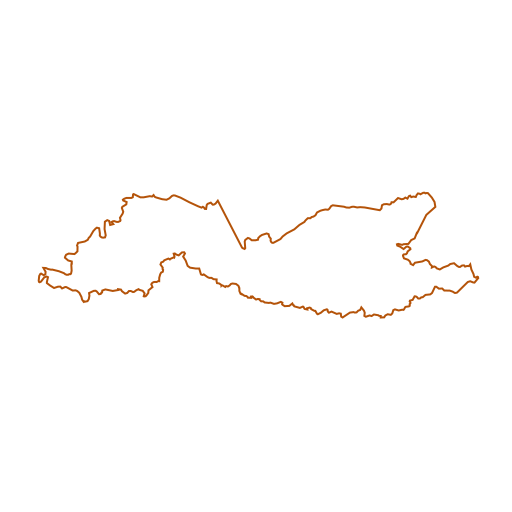 Teocelo, Veracruz, Mexico (orthographic projection), rotated 174°
{"feature_id": "50627088B17897683861413", "entity_name": "Teocelo", "entity_type": "district", "adm_level": 2, "iso_a3": "MEX", "parent_name": "Mexico", "parent_adm1": "Veracruz", "projection": "orthographic", "projection_center": [-96.937, 19.373], "detail": "fine", "context": "isolated", "style": "outline", "palette": "amber", "viewbox_px": 512, "rotation_deg": 174, "n_neighbors": 0, "source": "geoboundaries", "source_scale": "gbopen_adm2", "svg_char_len": 6089}
<svg xmlns="http://www.w3.org/2000/svg" viewBox="0 0 512 512"><g transform="rotate(174 256 256)"><path d="M469.1,259.1L471.6,261.0L472.4,260.7L473.7,258.8L474.7,254.1L474.5,252.9L473.9,252.5L472.5,253.0L468.8,256.9L466.5,257.5L465.1,256.7L466.7,252.0L466.8,250.9L463.8,248.1L460.2,245.3L456.0,246.2L453.8,246.0L452.3,244.0L449.0,245.1L447.9,244.9L441.9,240.8L439.0,240.7L437.5,239.9L435.6,237.9L433.9,233.6L433.5,230.8L432.2,228.5L431.7,228.9L431.3,228.4L428.3,228.7L426.8,230.6L425.8,234.0L425.9,236.6L421.0,238.3L419.1,238.2L418.1,237.4L416.1,234.4L414.4,234.5L413.6,235.7L412.9,235.8L412.5,237.7L409.3,238.5L402.1,236.2L396.4,236.6L396.5,237.4L393.8,236.7L393.0,235.0L390.1,232.3L387.9,232.7L386.1,234.4L384.2,234.3L382.1,233.0L380.9,233.1L378.6,234.5L376.2,235.3L375.7,234.6L372.3,233.2L370.7,230.5L372.2,226.9L371.6,227.6L370.0,227.5L369.1,228.2L367.0,230.5L366.5,233.1L362.2,235.9L363.1,238.8L362.1,240.0L360.7,240.7L359.2,240.8L357.6,240.5L355.7,241.3L354.9,241.1L354.5,244.5L353.2,247.8L352.1,249.4L350.3,250.1L349.8,251.9L350.3,252.8L350.0,254.2L351.9,257.5L350.9,259.5L348.8,260.1L347.7,261.3L343.4,262.6L342.1,261.6L341.8,262.0L337.8,263.3L337.5,263.0L337.1,263.7L337.6,266.9L336.5,267.0L335.0,265.7L332.8,264.7L329.3,267.3L327.0,267.2L326.4,265.9L328.5,263.0L326.4,258.8L325.0,253.3L322.8,251.3L317.1,249.8L313.8,249.5L312.7,243.6L312.4,243.2L310.9,242.7L309.9,243.2L306.3,240.0L304.7,239.1L302.5,238.9L300.7,237.4L297.6,236.8L297.9,235.1L297.6,233.1L295.4,232.5L293.5,230.8L293.5,230.2L293.2,230.5L292.3,230.2L289.8,228.4L288.9,229.2L287.1,228.6L285.3,229.5L283.9,230.8L282.3,231.1L278.8,230.3L276.8,228.4L276.3,227.5L276.2,226.2L275.9,225.9L276.2,223.0L275.3,220.0L274.3,219.4L274.1,219.7L271.6,217.6L269.8,217.2L268.8,216.3L268.4,215.4L265.2,214.9L265.2,216.2L263.8,216.2L263.3,215.7L263.4,215.4L260.5,212.7L258.6,213.1L257.0,212.7L257.1,212.1L255.6,210.4L253.5,210.1L252.3,208.9L248.2,208.0L246.5,208.1L243.1,206.5L240.0,206.7L236.1,207.8L234.6,206.8L235.1,205.3L234.7,204.7L232.7,203.1L228.1,202.9L224.8,205.0L224.3,203.5L223.6,203.0L223.7,202.7L223.1,201.9L217.8,199.8L214.7,200.8L214.2,200.6L213.2,198.3L210.5,197.4L210.6,198.7L208.0,199.1L206.9,198.4L206.7,197.4L203.6,195.3L202.7,195.2L201.4,192.2L200.6,191.6L197.4,192.8L194.3,194.9L191.1,195.6L190.4,194.8L190.4,193.3L189.4,192.0L186.7,192.8L181.8,190.0L179.3,190.3L177.7,189.8L177.6,186.8L176.3,185.8L168.5,189.9L164.9,190.0L163.6,189.4L161.9,189.4L160.1,190.9L158.0,191.5L156.6,193.9L154.3,190.3L153.8,188.2L154.5,185.1L153.1,184.1L149.3,185.0L147.3,184.2L144.8,185.5L140.6,184.3L139.8,183.6L138.2,183.3L138.4,181.8L134.9,181.6L133.6,183.3L131.1,184.3L128.1,183.4L126.5,184.6L125.1,187.8L123.4,188.4L119.8,186.9L116.1,187.3L114.9,187.0L114.1,187.8L113.1,189.4L112.3,189.8L109.2,189.9L108.3,190.4L108.2,192.1L107.4,192.8L107.3,193.6L107.9,194.7L107.6,195.5L104.8,196.0L102.5,199.3L101.3,199.1L100.1,198.2L99.3,196.9L98.4,196.6L97.2,196.7L96.0,197.6L94.5,197.6L91.5,199.6L86.7,199.6L84.8,200.8L81.2,206.7L79.9,206.6L77.5,204.4L74.2,204.2L72.4,202.0L66.9,201.3L64.1,200.0L62.2,198.5L61.3,198.4L59.9,198.6L48.1,208.0L45.6,208.5L42.8,207.0L41.5,206.7L37.3,210.8L37.5,212.0L38.1,212.3L39.6,211.5L41.2,212.5L41.6,215.4L43.2,220.0L43.8,225.3L45.3,223.7L47.2,224.0L49.2,223.6L49.9,224.8L50.9,225.0L52.3,224.9L54.2,223.8L55.3,223.9L56.9,225.0L59.8,228.1L63.7,227.7L65.7,226.4L70.9,225.1L74.6,223.4L77.5,224.8L78.6,226.3L80.0,227.0L82.3,226.2L82.0,227.5L83.9,229.9L84.6,232.3L86.4,234.0L87.8,234.4L91.2,233.2L98.6,232.7L100.7,230.5L103.1,232.1L103.1,233.1L103.7,234.7L105.3,236.4L109.1,238.2L109.8,240.8L109.7,241.4L109.0,242.1L106.6,242.1L105.6,242.9L104.7,244.7L101.7,246.6L101.8,247.6L104.1,249.6L105.4,249.6L108.5,247.5L111.7,250.2L114.4,251.6L114.6,252.9L113.3,253.2L109.5,251.8L108.0,252.3L103.2,252.1L100.0,255.6L96.4,256.9L93.6,262.2L93.3,262.0L82.3,279.1L72.5,286.1L72.8,291.1L75.0,295.7L78.5,300.6L79.6,300.8L81.0,300.6L81.7,301.3L83.1,301.4L86.0,300.2L86.7,300.8L88.4,301.3L90.0,299.7L90.9,298.0L93.4,298.7L95.4,298.3L96.4,299.9L97.7,299.5L99.4,297.2L101.4,298.5L103.3,297.4L105.2,297.2L108.7,298.8L113.6,295.0L115.6,295.3L116.1,294.1L117.1,293.4L118.0,293.2L120.5,294.0L123.5,294.1L125.4,293.3L126.3,290.1L128.1,288.6L142.8,292.9L147.3,293.7L150.3,293.7L153.6,294.8L155.4,294.9L158.1,294.3L161.1,294.8L163.3,295.8L174.3,298.4L176.0,297.8L178.3,295.2L179.6,294.5L182.2,295.0L185.0,294.7L187.2,294.3L190.8,292.9L192.6,290.3L194.7,289.2L196.7,288.9L197.9,287.9L200.5,288.2L203.2,286.1L204.3,284.8L209.5,282.4L215.1,278.5L223.1,275.3L227.5,272.6L229.9,270.3L237.3,267.3L238.5,267.4L239.4,268.3L239.9,269.7L239.5,271.7L240.9,273.9L241.2,276.4L243.1,277.3L247.9,276.3L250.0,275.2L251.9,273.6L252.3,272.0L254.8,271.7L258.6,272.1L260.6,274.1L262.2,274.8L265.0,273.1L265.7,271.6L265.9,264.9L266.6,264.2L268.6,265.3L269.1,266.0L288.2,315.0L290.8,312.3L292.6,311.5L293.7,311.6L295.4,313.8L298.7,312.9L299.7,311.8L300.7,308.0L302.0,308.2L302.6,309.5L303.7,310.5L305.1,309.8L308.4,311.5L316.8,316.5L324.9,321.9L330.4,324.7L331.8,324.9L333.3,324.5L336.1,322.4L339.1,321.3L343.4,322.3L349.3,324.7L350.6,325.5L351.5,327.3L353.1,326.0L355.4,326.6L361.6,326.1L364.8,326.4L371.2,330.4L371.8,330.1L372.4,327.3L373.8,326.8L378.8,327.3L381.1,326.7L382.5,325.9L382.3,325.1L379.0,323.2L379.6,320.9L383.8,318.9L384.4,317.8L383.4,313.9L384.2,312.1L387.3,308.2L387.0,305.8L387.4,305.0L389.5,304.3L391.1,304.5L393.3,305.5L394.6,305.5L396.1,304.9L394.6,302.6L397.8,302.1L398.4,306.2L400.2,307.2L402.7,305.9L403.8,298.6L403.3,292.3L404.2,290.3L406.0,290.2L407.3,290.5L408.5,291.4L409.2,292.6L408.9,294.8L409.1,300.0L411.3,300.8L412.7,300.0L415.2,297.8L419.0,292.6L420.4,291.6L421.6,289.7L424.8,288.3L431.6,287.6L432.9,285.1L432.5,284.0L433.1,279.3L434.7,278.0L436.3,276.9L442.0,278.0L444.7,277.1L445.8,275.5L446.2,274.3L443.3,271.2L439.8,269.8L440.0,267.6L440.3,267.6L440.6,266.4L440.9,260.6L441.8,257.8L442.6,257.3L443.6,257.5L444.6,257.0L446.2,257.1L447.6,257.8L448.8,259.0L453.7,261.5L460.1,263.8L461.2,263.8L464.2,264.8L466.2,266.0L468.7,266.4L466.9,262.3L467.4,259.8L469.1,259.1Z" fill="none" stroke="#b45309" stroke-width="2"/></g></svg>